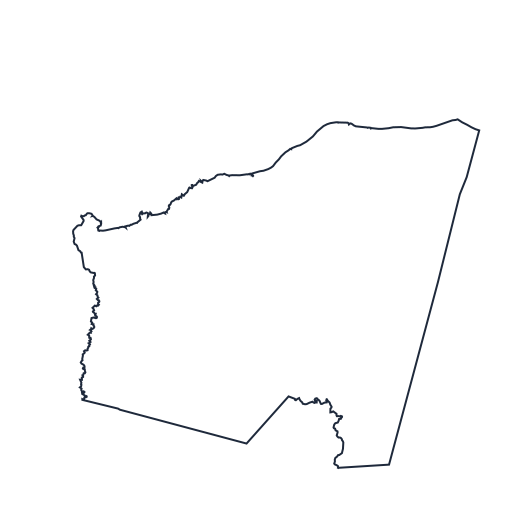 the district of Adelaide Plains, South Australia, Australia, rotated 105°
{"feature_id": "25037944B85276451636106", "entity_name": "Adelaide Plains", "entity_type": "district", "adm_level": 2, "iso_a3": "AUS", "parent_name": "Australia", "parent_adm1": "South Australia", "projection": "mercator", "projection_center": [138.456, -34.51], "detail": "fine", "context": "isolated", "style": "outline", "palette": "slate", "viewbox_px": 512, "rotation_deg": 105, "n_neighbors": 0, "source": "geoboundaries", "source_scale": "gbopen_adm2", "svg_char_len": 6135}
<svg xmlns="http://www.w3.org/2000/svg" viewBox="0 0 512 512"><g transform="rotate(105 256 256)"><path d="M76.9,72.9L76.7,76.8L75.9,81.2L74.6,86.1L73.5,91.5L71.8,96.6L72.9,98.3L74.1,101.4L83.6,115.4L85.4,118.5L86.6,121.2L87.9,125.8L89.1,128.3L91.6,135.2L92.6,139.3L93.9,149.2L96.2,156.9L98.2,160.9L100.7,167.5L101.5,170.6L102.5,177.0L103.1,178.1L102.5,178.4L102.6,179.5L102.8,180.6L103.3,181.3L103.1,181.9L104.9,193.1L104.6,195.1L103.6,197.6L103.4,198.9L103.7,199.4L104.9,200.3L103.8,201.0L103.5,202.0L105.6,210.7L105.9,211.1L105.6,211.5L106.2,213.5L108.4,218.5L110.3,221.4L113.0,224.4L120.0,229.3L125.8,232.0L132.5,236.9L137.6,242.1L139.0,244.6L142.5,249.2L143.2,249.7L143.7,249.6L143.7,250.7L145.5,251.9L148.2,254.4L153.2,257.5L156.7,258.9L160.6,261.1L164.8,262.8L166.8,264.4L168.9,266.7L171.7,270.8L173.1,274.1L177.3,281.1L178.1,281.3L179.1,279.6L179.8,279.4L180.1,278.8L179.0,280.9L180.2,281.0L178.2,281.4L177.9,282.5L178.1,283.1L178.8,283.4L178.9,284.6L179.3,285.0L179.5,286.1L182.2,292.5L184.1,300.0L185.0,302.2L185.7,302.6L185.3,303.2L185.3,305.5L184.8,307.9L186.0,309.4L186.3,311.2L187.5,314.1L189.2,315.5L191.1,316.2L196.3,322.2L196.0,323.6L196.2,326.6L197.1,327.0L198.6,326.9L197.7,328.6L198.8,328.0L198.3,330.6L199.8,331.0L200.9,331.8L202.6,332.2L204.7,335.0L203.9,335.9L204.1,336.4L204.8,336.2L205.8,335.1L207.1,335.3L207.3,336.8L207.0,337.8L207.3,338.2L212.1,339.0L214.7,340.8L216.5,341.3L216.5,341.8L216.1,342.2L215.6,343.6L218.8,343.3L218.4,344.6L219.3,345.0L219.4,345.9L219.8,345.9L221.6,344.8L220.7,346.0L220.7,346.4L221.6,347.0L220.9,347.8L223.6,349.6L225.2,351.4L226.2,351.8L228.2,352.0L229.0,352.4L229.1,352.9L229.5,353.1L230.3,353.2L231.5,352.3L232.9,352.2L233.1,352.9L236.5,353.9L236.9,353.6L236.9,354.6L237.8,355.5L238.4,355.1L238.3,355.6L237.7,355.7L237.8,356.4L239.6,358.6L241.6,362.1L243.6,367.5L242.2,368.1L241.4,369.4L242.9,369.4L242.9,370.1L243.8,370.2L244.4,370.8L245.2,370.3L246.1,370.7L245.6,370.8L245.1,370.5L244.4,371.0L243.6,370.7L242.5,371.7L242.4,373.2L243.5,374.2L244.1,376.1L245.1,376.8L244.5,377.6L243.4,377.3L242.7,377.8L243.9,378.9L247.0,379.2L247.8,378.9L248.4,378.1L250.3,377.4L250.8,376.9L254.0,379.2L254.6,379.2L254.8,378.7L254.8,379.9L256.7,382.9L257.6,383.7L258.1,384.7L259.0,384.8L258.5,384.9L258.4,385.3L259.7,386.2L259.7,387.2L260.7,389.1L261.3,389.9L262.2,389.3L261.7,390.3L262.8,390.7L262.1,390.8L262.3,392.5L263.7,395.3L264.7,396.0L264.7,396.9L266.0,399.9L270.2,408.0L271.2,410.4L271.8,413.5L272.3,413.8L272.2,414.9L269.6,416.0L268.5,415.3L268.3,415.4L268.6,416.0L268.1,415.8L266.8,413.9L264.9,413.9L263.6,414.3L264.1,414.5L263.2,414.9L262.4,416.4L261.9,419.5L260.1,422.2L259.5,423.9L259.7,424.3L259.3,424.1L257.8,425.8L257.8,427.7L258.2,429.6L258.7,430.2L260.7,431.0L261.2,432.0L262.1,432.6L262.5,434.3L262.3,435.1L263.1,435.2L265.9,431.8L266.9,431.6L271.5,432.8L272.2,435.1L273.0,436.3L278.0,439.0L279.4,439.1L281.8,438.3L283.2,437.3L284.5,437.0L285.7,435.9L289.3,435.8L291.4,434.3L291.6,432.8L292.4,431.6L296.3,429.0L296.9,427.0L297.9,426.1L297.9,425.3L311.3,419.4L313.0,416.9L312.3,415.1L312.5,413.7L313.9,412.6L314.6,411.4L314.4,408.4L314.1,407.7L314.3,407.2L316.5,406.4L317.8,407.2L319.1,406.8L321.4,407.0L323.2,406.1L324.7,406.1L326.4,404.2L326.6,404.2L326.6,404.9L328.5,403.8L328.6,403.6L328.0,402.9L328.8,402.5L329.1,401.8L330.6,401.9L331.5,400.1L332.7,399.9L334.3,400.6L335.0,399.0L336.5,398.3L337.0,397.5L338.7,398.6L339.6,397.1L339.4,396.5L340.2,395.6L341.0,395.6L342.0,396.4L343.3,396.1L343.7,395.2L344.8,395.7L345.0,395.9L345.0,396.8L345.9,397.3L345.6,398.8L348.4,400.5L349.3,399.1L350.4,398.3L351.8,399.2L352.2,399.0L352.9,397.3L353.7,396.7L353.4,395.9L355.2,395.9L355.5,394.5L356.1,393.8L357.1,393.9L357.5,394.5L357.5,397.1L358.5,398.8L362.0,398.5L362.7,397.0L364.2,397.1L364.0,395.3L365.2,395.1L365.7,394.2L366.5,393.8L367.6,394.1L368.7,395.0L368.9,395.4L368.5,396.4L369.3,396.4L370.3,397.1L370.4,396.3L371.4,395.4L372.4,396.0L372.9,395.7L373.2,396.8L375.6,398.1L376.0,396.6L378.2,395.9L378.3,395.2L377.9,394.6L378.1,394.4L379.3,393.9L380.8,395.0L381.4,393.9L381.8,393.7L382.1,394.5L383.0,394.2L383.6,395.0L384.5,393.5L385.6,394.0L386.3,393.7L387.0,394.5L388.1,394.3L389.0,394.7L390.6,394.3L391.2,395.3L391.3,396.6L392.5,397.5L393.5,396.5L394.2,396.6L395.9,397.9L397.1,397.4L400.5,397.2L401.6,396.6L402.7,397.3L404.2,397.7L405.1,396.7L405.6,394.6L406.3,393.5L407.6,392.8L408.4,393.2L408.6,394.0L409.5,394.1L409.8,393.7L409.7,392.1L411.2,391.6L412.5,390.7L413.6,391.0L413.9,392.1L415.6,392.1L416.1,392.7L416.8,391.9L417.6,391.7L418.5,392.8L420.6,392.1L421.0,393.9L423.5,391.9L425.2,391.8L425.6,391.3L427.2,391.2L428.5,392.1L429.2,390.2L430.6,390.2L431.4,389.3L432.5,388.9L432.5,387.8L431.4,387.3L431.8,386.5L432.9,386.9L433.6,388.4L434.2,388.2L435.0,385.4L436.1,385.0L436.0,384.4L435.2,383.7L435.3,383.3L435.8,383.1L436.6,383.9L437.0,385.0L437.5,385.2L438.8,385.0L439.4,385.5L439.2,386.7L439.9,386.5L439.1,349.7L439.7,347.7L439.6,216.6L383.2,188.2L383.9,181.5L384.9,181.0L385.0,180.2L383.3,179.0L382.1,177.6L383.0,177.0L384.5,175.4L385.4,173.5L386.6,172.6L386.5,170.2L385.9,168.7L383.8,166.3L382.1,163.7L382.6,162.7L382.8,161.5L382.4,161.0L381.6,160.8L381.9,160.0L381.8,159.5L380.4,159.8L380.2,160.4L380.6,161.5L379.6,162.2L378.4,161.8L377.7,160.7L377.8,159.9L378.6,159.3L378.8,158.3L379.4,157.2L382.0,155.1L381.9,154.1L379.9,151.9L379.1,149.8L378.4,149.9L377.3,150.8L376.1,150.7L376.1,150.3L377.1,149.5L378.5,147.0L380.4,145.7L382.0,144.0L382.8,143.9L384.2,144.6L387.8,143.7L387.2,142.4L386.1,141.2L387.6,137.4L389.1,137.0L389.8,136.4L389.2,134.5L389.3,133.4L388.5,132.7L388.7,131.4L389.6,131.3L390.2,131.8L391.3,131.9L392.0,133.6L393.5,133.5L395.7,133.9L396.9,136.0L397.5,136.4L398.8,136.8L401.6,136.7L402.2,136.1L402.3,134.9L403.8,134.0L404.3,131.9L405.4,131.5L408.4,131.6L409.2,130.8L410.0,129.3L409.6,127.9L409.9,126.7L410.8,125.6L411.7,125.2L412.4,124.2L413.5,123.4L419.7,122.1L424.2,122.0L426.7,124.1L427.0,125.1L428.8,125.8L430.5,127.1L432.3,127.2L434.1,126.6L436.3,126.7L436.9,125.9L437.2,123.9L437.7,122.5L438.7,122.0L440.2,122.1L439.3,121.7L423.1,73.5L234.1,73.5L143.6,75.1L125.3,72.9L76.9,72.9Z" fill="none" stroke="#1e293b" stroke-width="2"/></g></svg>